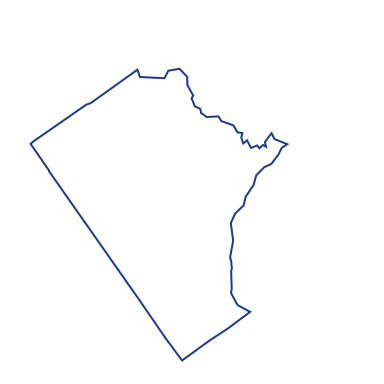 Cowlitz, Washington, United States of America (orthographic projection), rotated 235°
{"feature_id": "52423323B43213790326288", "entity_name": "Cowlitz", "entity_type": "district", "adm_level": 2, "iso_a3": "USA", "parent_name": "United States of America", "parent_adm1": "Washington", "projection": "orthographic", "projection_center": [-122.727, 46.119], "detail": "fine", "context": "isolated", "style": "outline", "palette": "blue", "viewbox_px": 384, "rotation_deg": 235, "n_neighbors": 0, "source": "geoboundaries", "source_scale": "gbopen_adm2", "svg_char_len": 929}
<svg xmlns="http://www.w3.org/2000/svg" viewBox="0 0 384 384"><g transform="rotate(235 192 192)"><path d="M59.7,87.2L60.3,121.6L59.6,143.6L60.5,170.8L73.2,164.5L86.9,166.0L89.9,169.0L104.5,178.5L107.1,181.3L109.1,182.1L112.3,184.2L115.8,185.4L117.2,186.3L128.4,197.7L144.3,206.0L149.7,215.2L149.9,217.0L151.4,226.6L157.3,233.2L162.4,246.4L168.8,254.2L170.9,265.4L169.5,273.1L173.1,284.3L176.7,290.8L176.5,297.5L188.1,289.9L194.5,290.9L193.9,288.8L191.1,280.4L186.7,278.6L189.7,277.2L189.3,272.2L192.8,272.0L194.2,265.6L202.8,266.7L202.4,261.8L208.3,263.6L211.5,267.1L214.6,263.5L222.9,264.1L233.2,256.7L238.8,257.0L245.0,247.0L251.5,244.8L255.2,246.4L260.6,243.5L269.0,245.4L270.2,248.3L282.1,249.5L289.1,254.1L300.1,252.4L304.9,242.2L301.0,234.7L316.1,215.3L323.5,217.4L322.9,159.9L324.2,155.5L324.4,91.0L324.0,87.4L291.6,87.2L290.8,86.8L133.9,86.9L87.8,86.5L59.7,87.2Z" fill="none" stroke="#1e3a8a" stroke-width="2"/></g></svg>